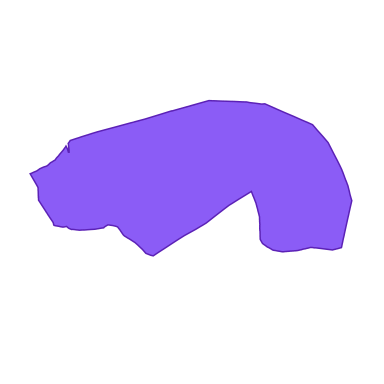 Rozendaal, Gelderland, Netherlands (Albers equal-area conic projection), rotated 78°
{"feature_id": "6326949B60180750903375", "entity_name": "Rozendaal", "entity_type": "district", "adm_level": 2, "iso_a3": "NLD", "parent_name": "Netherlands", "parent_adm1": "Gelderland", "projection": "albers", "projection_center": [5.979, 52.039], "detail": "fine", "context": "isolated", "style": "filled", "palette": "violet", "viewbox_px": 384, "rotation_deg": 78, "n_neighbors": 0, "source": "geoboundaries", "source_scale": "gbopen_adm2", "svg_char_len": 5766}
<svg xmlns="http://www.w3.org/2000/svg" viewBox="0 0 384 384"><g transform="rotate(78 192 192)"><path d="M151.2,60.1L148.3,64.1L144.6,69.4L139.2,76.8L133.9,84.4L129.1,91.1L120.9,102.4L120.5,105.5L119.8,107.5L119.0,109.7L118.3,111.7L117.0,115.7L116.2,117.9L115.9,118.4L115.3,119.9L114.3,124.1L112.2,132.0L111.4,135.4L110.7,138.2L110.1,140.6L109.5,143.2L108.5,147.1L107.7,150.2L107.2,152.2L107.0,153.3L106.8,153.8L106.1,156.5L108.6,195.0L108.4,195.2L109.5,207.0L110.9,223.0L111.6,237.1L112.1,246.1L112.6,255.1L113.0,263.0L113.5,272.4L113.7,274.4L113.7,275.0L113.8,275.7L113.9,276.8L113.9,277.4L114.0,278.0L114.1,278.6L114.1,279.2L114.5,282.6L114.5,283.1L114.5,283.5L114.6,284.1L114.7,284.9L114.7,285.4L114.8,286.3L114.9,287.3L115.0,288.5L115.1,289.4L115.3,290.9L115.4,291.6L115.5,293.0L116.3,300.4L118.1,302.2L118.7,303.0L119.9,303.0L125.6,303.6L127.5,303.9L127.4,304.6L123.9,304.9L120.9,305.7L121.6,306.3L122.8,307.7L124.4,309.4L125.0,310.2L126.0,311.5L127.8,313.9L128.8,314.9L130.2,317.0L130.5,317.4L132.4,319.5L132.7,320.7L133.4,322.5L133.9,324.2L134.4,325.1L135.2,326.3L135.9,327.5L136.3,328.5L136.5,329.2L136.5,329.4L136.6,330.5L136.7,331.6L136.8,332.2L136.9,332.8L137.4,335.0L137.6,336.0L138.2,337.3L138.7,338.5L139.1,339.4L139.4,340.9L139.7,342.6L140.0,343.9L140.1,344.3L140.3,345.2L140.4,345.9L140.5,346.5L143.0,345.7L146.1,344.7L152.8,342.5L155.5,341.7L156.6,341.8L157.9,342.1L159.5,342.3L160.5,342.5L162.7,342.9L163.6,343.1L164.4,343.2L164.9,343.3L164.9,343.2L168.2,343.8L168.5,343.7L169.3,343.3L172.5,342.1L179.8,339.3L181.5,338.7L182.6,338.2L182.9,338.1L184.4,337.6L185.1,337.3L185.7,337.0L186.1,336.9L186.9,336.6L187.9,336.2L188.1,336.1L188.4,336.0L192.0,334.5L192.7,334.3L193.1,334.1L193.4,334.1L193.8,334.1L194.3,334.1L195.5,334.1L196.0,333.8L196.4,333.0L196.6,332.6L196.8,332.1L197.1,331.3L197.4,330.5L197.6,330.1L197.8,329.4L197.9,329.2L198.0,329.1L198.5,328.1L198.9,327.1L199.5,325.5L199.6,324.3L199.6,323.2L199.6,321.9L201.5,320.4L201.8,320.1L202.3,319.6L202.6,319.1L203.6,317.6L203.7,317.4L203.7,316.8L203.7,316.7L204.3,314.8L204.9,313.2L205.0,312.9L206.0,309.8L206.2,308.1L206.8,304.9L207.2,301.7L207.7,298.2L208.1,295.7L208.2,294.9L208.3,293.5L208.3,292.7L208.4,291.3L208.5,288.0L208.7,285.8L208.1,285.1L207.9,284.8L207.7,284.0L207.5,283.6L207.2,282.6L207.0,282.1L206.8,281.5L206.7,281.1L207.0,280.1L208.4,276.3L209.7,273.6L210.7,272.0L210.8,272.0L211.0,271.9L213.3,270.8L214.3,270.3L215.6,269.8L218.3,268.7L218.5,268.6L219.0,268.4L219.4,268.2L219.7,268.1L220.0,267.9L220.7,267.4L221.0,267.2L222.1,266.0L222.8,265.3L223.8,264.3L224.1,263.9L224.4,263.6L224.6,263.3L225.2,262.7L225.9,262.0L226.6,261.3L227.5,260.4L227.8,260.1L229.1,258.8L229.3,258.5L232.5,256.1L234.6,254.7L236.9,253.1L237.9,252.4L239.5,251.5L242.4,249.9L245.3,245.5L246.3,243.4L246.4,243.2L244.3,238.0L243.5,235.9L241.4,230.4L238.5,223.0L235.8,216.0L233.0,208.4L229.3,196.2L228.1,192.7L227.3,190.4L226.9,189.1L225.6,185.4L225.5,185.0L224.2,182.3L220.7,175.2L219.0,171.7L215.0,163.4L212.6,158.3L211.7,155.7L209.0,148.4L205.8,139.4L203.8,133.8L208.9,133.0L209.6,132.8L210.9,132.6L211.5,132.5L213.4,132.2L215.3,131.9L215.9,131.8L216.5,131.7L216.8,131.7L217.1,131.7L217.7,131.7L218.7,131.6L219.7,131.6L221.0,131.5L222.4,131.4L223.5,131.4L224.7,131.4L225.7,131.3L226.4,131.3L227.7,131.2L228.0,131.2L228.3,131.2L229.6,131.2L230.1,131.1L230.3,131.1L231.1,131.3L231.4,131.3L232.5,131.6L233.6,131.7L233.9,131.8L234.3,131.8L234.9,132.0L235.5,132.1L235.8,132.1L236.0,132.1L236.3,132.1L236.7,132.2L236.9,132.3L237.1,132.3L237.4,132.3L237.7,132.3L237.9,132.4L238.1,132.4L238.4,132.5L238.6,132.6L239.4,132.8L239.7,132.8L240.1,132.9L240.9,133.1L241.4,133.2L242.2,133.4L242.4,133.4L242.8,133.4L243.1,133.5L243.3,133.5L243.5,133.6L243.8,133.6L244.1,133.6L244.6,133.6L245.1,133.7L245.4,133.8L245.8,133.8L246.5,134.0L247.3,134.1L248.6,134.4L250.1,134.7L250.9,134.8L251.4,134.9L252.2,135.1L252.5,135.1L252.8,135.0L253.3,134.9L254.9,134.4L256.5,133.9L256.8,133.8L257.0,133.7L257.4,133.4L257.5,133.3L258.3,132.6L259.0,131.9L259.9,131.1L260.6,130.5L260.9,130.3L261.1,130.0L261.5,129.7L261.8,129.3L262.0,128.9L263.7,127.0L264.2,126.5L264.7,125.9L264.9,125.8L265.2,125.5L265.3,125.4L265.7,124.8L265.8,124.6L265.9,124.4L266.1,124.0L266.1,123.9L266.2,123.6L266.4,123.2L266.5,122.9L266.6,122.5L266.7,122.3L266.8,122.1L266.9,121.9L267.1,121.4L267.4,120.7L267.6,120.3L267.7,120.0L268.0,119.1L268.2,118.7L268.3,118.4L268.9,117.0L269.0,116.7L269.2,116.3L269.2,116.1L269.3,115.9L269.4,115.3L269.5,114.8L269.6,113.3L269.7,112.8L269.8,112.1L269.9,111.1L270.0,110.3L270.1,110.0L270.2,109.0L270.2,108.5L270.3,107.7L270.4,107.3L270.5,106.8L270.5,106.5L270.6,105.6L270.7,105.4L270.8,103.9L270.9,103.5L271.0,103.0L271.0,102.8L271.0,102.5L271.1,102.3L271.1,101.6L271.2,101.2L271.2,100.6L271.2,100.4L271.2,100.1L271.2,99.9L271.2,99.4L271.1,98.3L271.2,97.8L271.2,97.3L271.2,96.9L271.1,96.6L271.1,96.1L271.0,95.4L271.0,94.2L271.1,93.0L271.0,92.0L271.0,91.4L271.0,90.9L271.0,90.1L271.0,89.4L270.9,89.0L270.9,88.6L270.9,88.2L270.9,87.9L270.9,87.5L270.9,87.3L271.0,87.1L271.1,86.8L271.1,86.5L271.2,86.3L271.2,86.2L271.4,85.6L271.7,84.8L271.8,84.6L272.0,84.2L272.3,82.7L274.1,77.5L274.7,75.8L277.9,66.6L277.8,65.5L277.8,63.7L277.7,62.9L277.7,62.7L277.7,62.0L277.7,61.1L277.5,58.9L277.5,57.5L277.3,57.3L276.7,57.0L275.0,56.3L273.2,55.5L272.8,55.3L269.1,53.7L266.2,52.3L265.4,52.0L258.3,48.8L252.6,46.2L249.3,44.7L247.0,43.6L244.7,42.6L241.7,41.2L241.2,41.0L233.7,37.5L231.5,37.7L226.9,38.0L223.7,38.0L221.4,38.1L218.4,38.2L217.6,38.3L215.9,38.6L215.7,38.6L213.0,39.0L212.7,39.2L211.5,39.3L209.1,39.7L208.6,39.7L208.1,39.8L203.9,40.4L202.5,40.7L201.6,40.8L200.7,41.0L199.0,41.4L196.9,41.9L191.5,43.3L183.2,45.6L172.0,48.6L165.5,52.1L157.3,56.8L155.4,57.8L151.2,60.1Z" fill="#8b5cf6" stroke="#5b21b6" stroke-width="1.5"/></g></svg>